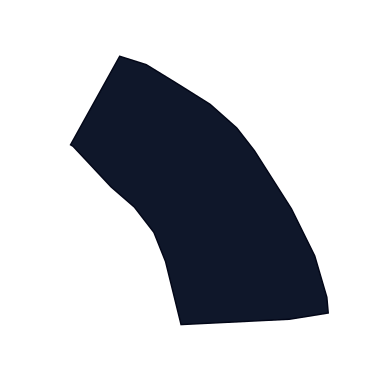 the district of 42, Ad Dawhah, Qatar, rotated 257°
{"feature_id": "91078587B68220687266900", "entity_name": "42", "entity_type": "district", "adm_level": 2, "iso_a3": "QAT", "parent_name": "Qatar", "parent_adm1": "Ad Dawhah", "projection": "equal_earth", "projection_center": [51.545, 25.262], "detail": "fine", "context": "isolated", "style": "filled", "palette": "ink", "viewbox_px": 384, "rotation_deg": 257, "n_neighbors": 0, "source": "geoboundaries", "source_scale": "gbopen_adm2", "svg_char_len": 403}
<svg xmlns="http://www.w3.org/2000/svg" viewBox="0 0 384 384"><g transform="rotate(257 192 192)"><path d="M68.1,151.5L65.3,151.5L46.1,258.5L43.5,297.5L59.1,299.7L102.1,297.2L153.2,285.1L218.2,262.1L244.3,250.0L273.3,229.4L301.3,201.5L326.3,176.1L340.5,152.1L265.3,84.3L263.3,86.4L215.2,114.3L190.2,132.5L161.2,145.8L130.2,150.6L68.1,151.5Z" fill="#0f172a" stroke="#020617" stroke-width="1.5"/></g></svg>